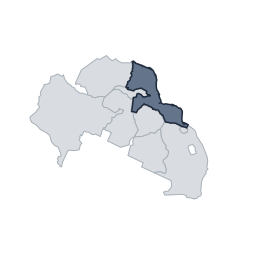 Mozambique shown with its bordering countries, rotated 295°
{"feature_id": "MOZ", "entity_name": "Mozambique", "entity_type": "country or territory", "adm_level": 0, "iso_a3": "MOZ", "parent_name": "Africa", "parent_adm1": "", "projection": "mercator", "projection_center": [35.316, -18.663], "detail": "fine", "context": "with_neighbors", "style": "filled", "palette": "slate", "viewbox_px": 256, "rotation_deg": 295, "n_neighbors": 8, "source": "natural_earth", "source_scale": "50m", "svg_char_len": 9773}
<svg xmlns="http://www.w3.org/2000/svg" viewBox="0 0 256 256"><g transform="rotate(295 128 128)"><path d="M160.9,61.2L177.8,70.7L178.1,73.3L184.5,77.8L182.5,83.3L182.7,85.8L185.6,87.5L184.5,91.3L184.4,94.8L187.8,102.1L189.5,103.1L185.9,105.7L181.1,107.5L178.4,107.4L176.8,108.8L172.5,109.5L167.2,108.2L163.8,108.6L162.6,102.4L160.2,99.0L155.8,98.2L146.8,94.2L144.4,88.5L141.8,86.0L140.9,83.4L141.4,81.1L140.6,77.0L142.4,76.8L146.9,71.9L145.6,67.7L146.9,67.1L147.2,64.5L145.4,62.0L147.0,61.4L160.9,61.2Z" fill="#d9dde1" stroke="#a8b0b8" stroke-width="1"/><path d="M140.3,71.6L141.4,81.1L140.9,83.4L141.8,86.0L144.4,88.5L146.8,94.2L145.1,93.7L137.9,95.0L136.6,97.9L137.6,99.9L136.3,109.8L140.6,112.4L141.8,111.6L142.2,116.5L138.8,116.5L135.3,112.0L131.9,111.4L130.9,109.0L128.2,110.4L124.6,109.8L123.1,107.7L118.2,107.4L118.0,106.0L114.4,105.6L108.6,106.6L108.8,101.2L107.3,99.5L107.0,96.8L107.7,94.0L106.8,92.3L106.7,89.5L101.3,89.5L101.7,87.9L99.4,87.9L99.2,88.7L96.4,88.9L94.6,92.6L92.2,92.0L87.7,93.0L85.0,89.2L82.6,83.1L69.5,83.1L64.8,84.1L64.2,82.7L65.3,82.3L66.2,79.2L67.8,78.2L69.0,78.7L70.5,77.0L72.9,77.0L73.2,78.3L74.9,79.1L81.2,72.7L81.1,69.0L83.0,64.7L88.0,60.2L88.5,58.8L89.3,55.6L89.6,49.2L91.8,44.0L92.5,38.2L94.2,35.9L96.6,34.5L103.1,37.6L109.7,39.0L111.6,35.9L113.7,36.4L118.6,34.1L120.4,35.1L121.8,34.9L122.5,33.9L124.2,33.5L130.4,34.1L131.8,33.6L134.5,37.3L136.5,37.8L142.3,36.4L143.3,38.3L147.2,41.3L147.0,46.5L148.8,47.1L145.6,49.9L143.0,54.3L142.7,57.8L141.7,59.5L141.7,62.9L140.4,64.1L139.2,69.6L140.3,71.6Z" fill="#d9dde1" stroke="#a8b0b8" stroke-width="1"/><path d="M82.7,189.8L84.8,187.3L86.6,188.7L87.4,190.9L92.2,192.2L94.5,191.8L98.5,189.2L98.5,170.8L99.7,171.6L102.4,176.3L102.0,179.3L103.0,181.0L106.1,180.5L110.5,176.8L111.6,174.4L113.7,173.3L117.7,175.3L121.4,175.5L124.2,174.4L125.5,170.5L127.9,170.1L130.7,165.0L134.7,161.4L141.0,157.8L148.8,158.6L152.1,168.9L151.3,174.4L151.7,176.1L149.5,175.2L148.2,175.6L146.5,178.9L146.6,180.6L149.2,183.3L151.8,182.8L152.8,180.6L156.1,180.6L154.5,188.4L153.3,190.7L149.4,194.0L143.8,203.0L135.6,211.6L132.2,214.0L125.3,216.3L124.7,217.8L122.0,217.0L119.8,218.0L115.0,217.0L110.5,217.4L102.1,220.3L99.3,222.4L97.3,222.5L95.4,220.6L93.9,220.5L92.0,218.1L91.8,218.8L91.2,214.3L89.8,210.7L91.2,209.7L91.1,205.7L82.7,189.8ZM140.5,193.3L137.0,190.2L135.0,191.2L130.2,196.4L133.5,200.4L135.1,199.9L135.9,198.3L138.4,197.4L140.5,193.3Z" fill="#d9dde1" stroke="#a8b0b8" stroke-width="1"/><path d="M148.8,158.6L141.0,157.8L138.2,155.7L134.7,154.9L133.4,150.2L131.5,149.7L126.4,144.5L122.4,137.2L130.4,138.1L136.7,131.3L138.3,130.9L138.8,129.3L141.4,127.5L144.7,126.8L145.0,128.6L148.8,128.5L151.8,130.6L153.9,130.9L156.2,132.4L155.4,149.3L153.5,153.2L148.8,158.6Z" fill="#d9dde1" stroke="#a8b0b8" stroke-width="1"/><path d="M141.0,157.8L134.7,161.4L130.7,165.0L127.9,170.1L125.5,170.5L124.2,174.4L121.4,175.5L117.7,175.3L113.7,173.3L111.6,174.4L110.5,176.8L106.1,180.5L103.0,181.0L102.0,179.3L102.4,176.3L99.7,171.6L98.5,170.8L98.5,156.7L102.9,156.5L103.0,139.6L113.2,137.8L114.9,139.8L117.8,137.9L122.4,137.2L126.4,144.5L131.5,149.7L133.4,150.2L134.7,154.9L138.2,155.7L141.0,157.8Z" fill="#d9dde1" stroke="#a8b0b8" stroke-width="1"/><path d="M145.1,93.7L155.8,98.2L157.9,100.2L159.1,104.1L157.4,109.0L158.3,112.7L156.9,114.3L155.5,118.6L157.8,119.8L144.3,123.6L144.7,126.8L141.4,127.5L138.8,129.3L138.3,130.9L136.7,131.3L130.4,138.1L122.4,137.2L119.8,135.4L117.0,135.1L113.3,136.2L107.4,129.5L107.6,114.9L116.9,114.9L116.5,113.3L117.2,111.6L116.4,109.5L116.9,107.3L116.4,105.9L118.0,106.0L118.2,107.4L123.1,107.7L124.6,109.8L128.2,110.4L130.9,109.0L131.9,111.4L135.3,112.0L138.8,116.5L142.2,116.5L141.8,111.6L140.6,112.4L136.3,109.8L137.6,99.9L136.6,97.9L137.9,95.0L139.1,94.5L145.1,93.7Z" fill="#d9dde1" stroke="#a8b0b8" stroke-width="1"/><path d="M155.8,98.2L160.2,99.0L162.6,102.4L163.8,108.6L162.6,112.0L163.8,118.0L165.4,117.9L167.0,119.4L168.9,122.7L169.2,128.6L167.3,129.6L165.9,132.8L163.0,130.0L162.7,126.7L163.6,124.6L163.4,122.7L161.6,121.6L160.4,122.0L155.5,118.6L156.9,114.3L158.3,112.7L157.4,109.0L159.1,104.1L157.9,100.2L155.8,98.2Z" fill="#d9dde1" stroke="#a8b0b8" stroke-width="1"/><path d="M152.8,180.6L151.8,182.8L149.2,183.3L146.6,180.6L146.5,178.9L148.2,175.6L149.5,175.2L151.7,176.1L152.8,180.6Z" fill="#d9dde1" stroke="#a8b0b8" stroke-width="1"/><path d="M149.3,159.3L149.9,158.8L150.5,158.1L151.3,157.3L151.9,156.6L152.5,155.9L153.3,155.1L154.1,154.2L154.3,154.1L154.0,153.3L154.6,152.4L154.6,151.8L154.6,151.2L154.8,150.8L155.4,150.3L155.9,149.6L156.3,148.9L156.9,147.8L156.9,147.5L156.9,147.3L156.8,146.9L156.4,146.3L156.1,145.8L155.9,145.0L156.1,144.3L156.2,143.9L156.2,143.6L156.1,143.4L155.8,143.2L155.6,143.1L155.6,142.9L155.5,142.5L155.7,142.3L156.2,142.0L156.4,141.9L156.4,141.7L156.5,141.4L156.6,140.7L156.9,140.1L156.9,139.9L156.8,139.7L156.7,139.4L156.7,138.8L156.7,137.3L156.8,135.8L156.8,134.9L156.4,133.9L156.3,133.2L156.6,132.7L156.7,132.4L156.0,132.4L155.7,132.3L155.3,131.9L154.4,131.5L153.5,131.2L152.2,131.1L151.0,130.1L150.2,130.0L149.9,129.8L149.0,129.2L147.7,129.2L146.3,129.1L145.5,129.1L145.4,129.0L145.3,128.2L145.3,127.5L145.2,126.8L145.1,126.1L144.9,125.8L144.7,125.3L144.5,124.8L144.5,124.5L145.5,124.1L145.9,123.9L146.5,123.7L147.6,123.4L148.6,123.1L149.4,122.8L150.4,122.6L150.8,122.4L151.2,122.2L152.4,121.8L152.7,121.7L153.3,121.5L153.7,121.4L154.9,121.0L156.3,120.5L156.8,120.3L157.8,120.0L158.0,120.1L158.6,121.2L159.1,121.9L159.7,122.5L159.8,122.5L160.0,122.3L160.3,122.3L161.2,122.1L161.6,122.1L161.8,122.0L162.3,121.8L162.8,121.8L163.0,121.9L163.6,122.6L163.7,123.3L163.8,124.1L163.8,124.6L163.8,125.1L163.8,125.9L163.3,126.7L163.2,127.1L162.9,127.8L162.6,128.1L162.4,128.3L162.4,128.6L162.6,128.8L163.0,129.2L163.1,129.5L163.1,130.0L163.2,130.3L163.3,130.4L163.7,130.6L164.1,131.1L164.7,131.8L165.5,132.7L165.9,132.9L166.2,133.0L166.3,133.3L166.2,133.6L166.0,133.8L166.1,134.1L166.2,134.3L166.4,134.4L166.7,134.4L167.0,134.3L167.1,134.2L167.0,132.9L166.8,132.1L166.6,131.8L166.5,131.7L166.9,130.9L167.1,130.3L167.2,130.0L167.4,129.9L168.5,129.7L169.0,129.6L169.2,129.4L169.3,128.9L169.4,127.6L169.5,126.4L169.4,125.7L169.5,124.7L169.8,124.0L169.7,123.9L169.6,123.0L168.9,122.0L168.0,120.8L167.5,120.2L166.9,119.4L165.9,118.3L165.4,117.8L165.1,117.7L164.3,117.5L164.1,117.3L163.9,117.0L163.8,116.3L163.8,115.8L163.7,115.0L163.5,113.8L163.4,113.4L163.2,112.6L162.9,111.7L163.0,111.3L163.4,110.7L163.7,110.2L163.8,110.0L164.0,109.3L164.1,109.0L164.3,108.9L165.0,108.8L165.6,108.8L166.6,108.8L167.7,108.9L167.8,108.9L168.0,109.0L168.3,108.9L168.6,108.9L168.9,108.6L169.3,108.3L169.9,108.3L170.6,108.7L171.0,109.0L171.1,109.3L171.6,109.4L172.6,109.5L173.3,109.3L173.7,109.0L174.1,108.8L174.6,108.8L175.0,108.9L175.2,109.2L175.7,109.3L176.4,109.4L177.1,109.3L177.9,108.8L178.4,108.4L178.5,107.9L178.6,107.6L178.8,107.6L179.2,107.5L179.9,107.5L180.6,107.6L181.3,108.1L181.8,107.8L182.7,107.3L183.6,107.0L184.4,107.0L185.0,106.8L185.6,106.4L186.1,106.1L186.7,106.0L187.2,105.8L188.0,105.4L188.8,104.8L189.6,104.2L190.1,103.8L190.4,104.3L190.8,104.7L190.5,104.9L190.2,105.1L190.7,105.4L190.4,105.9L190.3,106.2L190.4,106.3L190.5,106.5L190.3,107.0L189.9,107.4L189.9,107.7L190.1,108.3L190.0,109.2L190.3,110.0L190.3,110.5L190.4,110.8L190.3,111.3L190.3,112.2L190.4,112.5L190.2,113.0L190.5,113.2L190.7,113.7L190.6,114.2L190.5,114.5L190.1,114.9L190.0,115.0L190.6,115.2L190.6,115.6L190.6,115.8L190.6,116.3L190.5,116.7L190.7,117.0L190.5,117.4L190.5,117.8L190.6,118.2L190.7,119.2L190.7,120.5L191.0,120.8L191.3,120.9L191.2,121.2L190.9,121.7L190.9,122.0L190.9,122.4L191.3,121.8L191.5,121.8L191.7,122.0L191.7,122.4L191.7,122.5L191.7,122.8L191.8,123.2L191.8,123.5L191.5,123.8L191.2,124.2L191.1,124.6L191.2,124.8L190.9,124.9L190.8,125.0L191.0,125.4L191.0,125.7L190.6,126.7L189.5,128.0L189.0,128.5L188.5,129.0L188.5,129.4L188.0,130.2L187.4,130.3L187.1,130.5L187.4,131.1L187.0,131.3L186.4,131.8L184.7,132.8L184.4,133.0L184.0,133.6L183.4,133.8L183.1,134.0L182.5,134.0L182.3,134.0L182.1,134.0L180.9,134.6L179.8,134.9L179.5,135.1L179.4,135.3L178.4,135.6L177.0,136.4L175.8,137.2L174.9,138.0L174.7,138.1L174.4,138.4L174.3,138.8L174.3,139.0L173.6,139.9L172.7,140.9L172.5,141.1L172.1,141.7L172.0,142.0L171.7,142.2L171.4,141.8L171.3,142.5L171.1,142.5L170.8,142.4L170.2,142.7L169.6,143.1L168.7,143.9L167.4,145.5L165.6,147.0L165.3,147.0L165.1,147.0L164.6,146.5L164.2,146.4L164.5,146.8L164.7,147.0L164.7,147.5L164.7,148.3L164.5,149.8L164.5,150.1L164.7,150.5L165.2,151.0L165.7,151.7L166.3,153.5L166.4,154.5L167.0,155.7L167.0,156.3L167.3,157.6L167.2,158.6L167.2,159.3L167.5,159.6L167.6,159.3L167.6,158.9L167.7,158.3L167.8,158.0L168.0,158.0L168.0,158.3L168.2,158.6L168.2,158.9L168.2,159.2L168.0,160.6L168.0,161.1L168.4,162.0L168.0,163.1L167.5,165.7L167.4,166.1L167.6,166.3L167.9,166.3L168.0,166.0L168.0,167.4L167.7,167.9L166.9,169.2L166.5,169.7L165.8,170.3L164.0,171.1L160.6,172.3L159.2,172.9L158.4,173.3L156.7,174.4L156.0,175.1L155.7,176.0L155.4,176.4L155.1,176.9L155.3,177.4L155.6,177.7L155.9,177.9L156.0,178.1L156.4,177.5L156.5,177.3L156.6,178.2L156.4,181.0L155.9,181.1L155.1,181.2L154.6,181.2L154.0,181.2L153.3,181.0L152.9,181.1L152.9,179.5L152.8,179.1L152.7,178.6L152.6,178.3L152.7,178.0L152.7,177.5L152.7,177.0L152.3,176.8L152.2,176.7L152.1,176.3L152.1,175.8L152.4,175.1L152.3,173.7L152.4,173.3L152.4,172.3L152.4,171.2L152.4,170.2L152.4,169.3L152.3,168.9L152.2,168.7L152.0,168.2L151.8,167.3L151.5,166.5L151.2,166.1L151.1,165.8L151.0,165.5L150.7,164.9L150.4,164.6L150.3,164.3L150.3,163.6L150.1,162.3L149.8,161.4L149.5,160.4L149.3,159.7L149.3,159.3ZM164.5,111.3L164.7,111.2L164.7,110.9L164.4,110.8L164.3,111.0L164.4,111.3L164.5,111.3ZM164.2,110.8L164.1,110.7L163.8,110.7L163.8,110.8L163.9,111.1L164.1,111.1L164.2,110.8Z" fill="#64748b" stroke="#1e293b" stroke-width="1.5"/></g></svg>